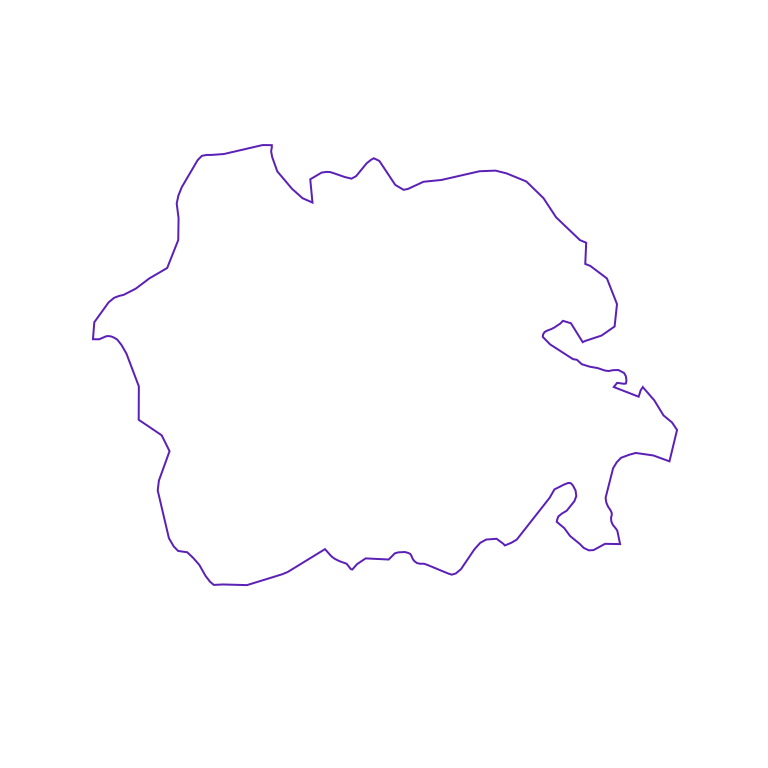 Zürich, orthographic projection, rotated 102°
{"feature_id": "CHE-176", "entity_name": "Zürich", "entity_type": "Canton", "adm_level": 1, "iso_a3": "CHE", "parent_name": "Switzerland", "parent_adm1": "", "projection": "orthographic", "projection_center": [8.664, 47.43], "detail": "fine", "context": "isolated", "style": "outline", "palette": "violet", "viewbox_px": 768, "rotation_deg": 102, "n_neighbors": 0, "source": "natural_earth", "source_scale": "10m", "svg_char_len": 2563}
<svg xmlns="http://www.w3.org/2000/svg" viewBox="0 0 768 768"><g transform="rotate(102 384 384)"><path d="M339.2,158.6L343.5,132.3L336.7,131.6L333.2,130.2L333.4,130.0L343.8,116.2L356.6,104.1L361.8,94.2L368.0,87.8L400.3,88.7L397.9,105.7L399.1,123.4L402.3,129.6L406.9,136.8L412.2,140.1L418.8,142.4L449.3,143.6L453.9,141.8L457.3,139.4L460.5,136.1L462.7,134.5L464.5,134.0L467.7,134.1L471.1,133.1L474.1,131.0L477.4,126.9L479.2,125.2L491.5,119.8L494.4,134.6L502.9,144.5L504.1,149.0L502.8,154.6L499.7,159.3L494.0,170.4L487.5,177.7L482.9,186.4L480.4,186.4L477.3,185.9L473.9,183.2L469.9,178.9L459.0,173.4L453.7,172.6L448.3,174.5L443.8,178.3L442.2,180.7L442.4,183.1L445.0,187.1L451.7,195.4L460.8,198.3L508.6,221.8L512.8,226.4L516.8,232.2L515.4,234.2L512.0,241.7L514.9,251.7L519.3,256.8L526.9,261.2L549.1,270.2L554.4,274.4L556.4,278.1L556.1,281.4L551.8,304.8L551.5,307.5L551.9,309.6L552.3,311.0L552.3,312.5L552.3,314.6L550.9,317.5L549.4,319.3L546.0,321.7L544.8,323.0L544.2,325.0L544.0,328.6L545.7,335.0L547.4,338.2L554.7,342.9L558.4,365.7L565.9,373.0L572.0,376.4L572.0,377.9L567.6,383.2L566.5,391.0L565.2,396.0L563.5,399.6L557.8,407.4L587.9,439.1L591.2,443.9L609.2,476.2L613.6,500.0L615.9,508.7L613.6,513.0L608.9,518.6L599.3,527.1L593.7,534.6L589.5,541.5L590.1,550.7L586.6,555.9L579.6,562.3L535.2,583.2L525.3,584.1L494.3,579.8L480.4,590.8L470.0,616.5L437.3,623.3L407.9,642.2L400.4,648.9L396.0,654.2L394.8,657.7L394.2,660.6L394.4,663.6L395.2,665.9L399.5,671.9L400.7,678.0L383.8,680.2L361.5,670.4L355.9,666.0L352.9,661.4L351.0,657.3L342.3,646.6L329.5,635.5L315.6,620.2L286.0,615.2L264.6,619.4L250.5,624.3L242.6,624.3L233.7,622.8L203.7,612.8L198.7,609.6L196.8,605.1L195.8,600.4L192.4,588.6L175.5,552.4L173.7,543.4L175.8,542.9L178.1,542.9L180.1,542.7L185.2,540.6L198.2,532.6L212.3,514.4L219.2,502.3L221.4,491.7L199.1,498.7L190.2,489.0L188.6,484.7L187.9,481.1L188.2,477.5L189.7,465.5L189.9,458.5L186.5,454.5L171.8,446.9L167.5,443.4L165.3,440.9L166.8,434.9L186.9,414.4L190.0,405.2L188.2,401.1L178.0,387.5L172.5,370.3L156.0,334.7L152.1,319.3L152.5,307.9L156.3,286.9L169.0,266.7L185.2,250.3L202.5,222.3L203.8,215.6L224.7,212.1L225.6,206.8L234.4,187.9L257.4,172.7L279.8,170.4L291.4,181.3L300.2,196.4L301.8,198.3L285.7,213.8L285.0,222.1L288.2,224.1L293.3,229.1L295.6,231.9L297.5,235.0L299.7,237.7L302.4,238.7L304.9,238.5L310.7,229.8L320.4,204.3L320.2,200.4L323.5,194.7L324.3,186.3L324.0,178.4L324.9,170.8L324.6,167.0L322.8,162.7L321.6,157.6L323.3,151.5L326.0,149.1L330.0,147.6L333.2,147.5L333.9,149.3L334.4,156.2L339.2,158.6Z" fill="none" stroke="#5b21b6" stroke-width="2"/></g></svg>